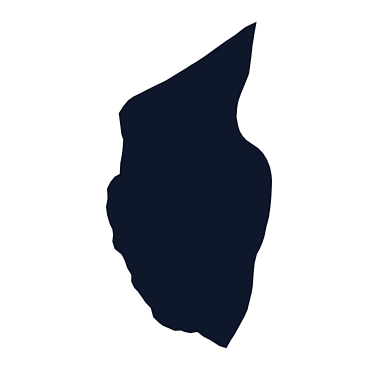 Salinas da Margarida, Bahia, Brazil, rotated 352°
{"feature_id": "56859067B93728767984318", "entity_name": "Salinas da Margarida", "entity_type": "district", "adm_level": 2, "iso_a3": "BRA", "parent_name": "Brazil", "parent_adm1": "Bahia", "projection": "equal_earth", "projection_center": [-38.755, -12.884], "detail": "fine", "context": "isolated", "style": "filled", "palette": "ink", "viewbox_px": 384, "rotation_deg": 352, "n_neighbors": 0, "source": "geoboundaries", "source_scale": "gbopen_adm2", "svg_char_len": 1380}
<svg xmlns="http://www.w3.org/2000/svg" viewBox="0 0 384 384"><g transform="rotate(352 192 192)"><path d="M278.5,33.5L268.0,36.8L256.8,43.2L246.7,48.0L235.2,54.0L224.3,59.8L215.1,64.2L209.0,66.7L203.4,69.4L196.4,72.3L188.7,75.7L181.0,79.0L172.5,81.7L162.9,84.8L154.8,87.7L148.1,89.8L142.0,92.9L136.2,98.1L131.2,104.1L130.9,124.9L132.0,130.6L130.6,137.2L128.8,144.5L125.7,153.9L123.6,164.7L118.0,166.7L113.4,170.9L109.1,177.0L108.2,187.0L105.5,194.9L105.5,203.2L106.8,211.9L108.7,217.7L108.7,223.4L107.0,230.1L108.2,237.3L114.4,243.9L116.5,250.2L118.0,258.1L121.2,265.6L120.1,272.1L122.0,278.3L125.0,282.5L128.4,288.9L131.0,294.3L135.8,301.0L136.9,310.3L141.8,316.6L145.2,319.9L149.9,322.7L155.7,326.3L161.8,326.8L165.8,329.0L171.0,330.8L178.1,330.5L184.0,336.5L189.4,340.2L198.3,347.8L204.1,350.5L208.8,344.3L213.5,338.9L218.0,333.0L225.9,322.4L229.9,316.0L233.0,308.2L236.6,299.2L238.4,293.1L241.3,279.5L243.5,270.6L246.9,262.3L251.2,256.3L254.1,251.5L257.0,245.5L260.2,236.5L264.0,227.3L266.0,220.4L267.8,213.6L269.4,206.5L270.9,198.4L272.0,192.1L272.4,186.4L272.0,178.6L270.0,170.3L267.1,163.8L263.1,158.3L257.5,153.2L252.3,148.4L249.4,144.1L247.1,138.7L246.1,132.6L245.8,123.7L247.8,114.5L249.8,108.3L253.2,101.7L259.9,90.2L264.2,82.6L266.1,76.0L268.2,68.4L269.8,62.5L271.4,55.8L273.6,48.8L275.7,41.9L278.5,33.5Z" fill="#0f172a" stroke="#020617" stroke-width="1.5"/></g></svg>